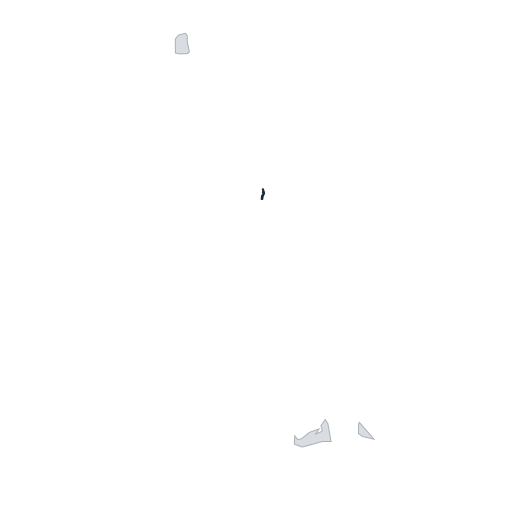 location of Foa, Ha'apai, Tonga, rotated 317°
{"feature_id": "48082658B59083030943668", "entity_name": "Foa", "entity_type": "district", "adm_level": 2, "iso_a3": "TON", "parent_name": "Tonga", "parent_adm1": "Ha'apai", "projection": "orthographic", "projection_center": [-174.289, -19.734], "detail": "fine", "context": "in_parent", "style": "filled", "palette": "slate", "viewbox_px": 512, "rotation_deg": 317, "n_neighbors": 0, "source": "geoboundaries", "source_scale": "gbopen_adm2", "svg_char_len": 1546}
<svg xmlns="http://www.w3.org/2000/svg" viewBox="0 0 512 512"><g transform="rotate(317 256 256)"><path d="M183.6,428.9L185.5,428.9L187.7,424.4L195.1,422.8L194.3,427.5L184.4,442.9L178.0,436.9L159.5,427.3L155.7,419.7L161.8,414.0L161.2,418.6L164.3,420.6L174.7,421.4L184.1,425.5L178.3,426.9L183.6,428.9ZM351.8,52.5L346.5,61.3L343.9,61.2L337.8,56.0L335.5,52.6L344.9,42.3L349.8,41.5L356.3,45.0L356.0,47.9L351.8,52.5ZM218.1,448.2L217.4,470.5L210.6,460.3L209.9,455.6L216.7,448.6L218.1,448.2Z" fill="#d9dde1" stroke="#a8b0b8" stroke-width="1"/><path d="M299.4,218.8L299.5,218.7L300.0,218.6L300.2,218.2L300.4,218.0L300.8,217.8L301.1,217.6L301.7,217.0L301.8,217.0L302.1,217.1L302.5,216.8L302.9,216.7L303.3,216.4L304.2,215.8L304.5,216.1L304.9,215.8L305.0,215.7L305.3,215.1L305.6,214.7L305.8,214.3L305.8,214.2L305.9,213.5L305.9,213.4L305.7,213.4L305.7,213.1L305.7,212.9L305.6,213.0L305.4,213.1L305.2,213.3L304.9,213.5L304.6,214.0L304.3,214.2L304.2,214.2L304.2,214.3L304.1,214.5L304.3,214.8L304.1,215.1L303.9,215.2L303.8,215.4L303.7,215.5L303.4,215.8L303.2,215.7L303.2,215.8L302.9,215.8L302.7,215.8L302.4,215.8L302.2,215.9L301.9,215.9L301.7,215.8L301.4,215.9L301.2,216.0L300.8,216.4L300.6,216.6L300.3,216.8L300.2,216.8L300.0,217.1L299.8,217.2L299.7,217.4L299.1,217.8L298.8,218.1L299.4,218.8ZM306.4,211.6L306.3,211.8L306.2,211.9L306.2,212.0L306.0,212.3L306.0,212.5L306.3,212.7L306.3,212.8L306.5,212.8L306.5,212.7L306.7,212.4L306.7,212.2L306.8,212.1L306.7,211.9L306.7,211.7L306.4,211.6L306.4,211.6Z" fill="#64748b" stroke="#1e293b" stroke-width="1.5"/></g></svg>